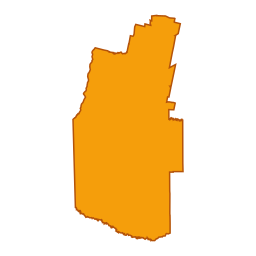 the district of Río Cuarto, Córdoba, Argentina
{"feature_id": "61730980B70788741625134", "entity_name": "Río Cuarto", "entity_type": "district", "adm_level": 2, "iso_a3": "ARG", "parent_name": "Argentina", "parent_adm1": "Córdoba", "projection": "equal_earth", "projection_center": [-64.58, -33.271], "detail": "fine", "context": "isolated", "style": "filled", "palette": "amber", "viewbox_px": 256, "rotation_deg": 0, "n_neighbors": 0, "source": "geoboundaries", "source_scale": "gbopen_adm2", "svg_char_len": 5607}
<svg xmlns="http://www.w3.org/2000/svg" viewBox="0 0 256 256"><path d="M171.1,86.1L175.6,64.5L169.4,67.7L172.3,52.5L173.5,47.0L175.2,37.8L175.6,35.7L175.2,35.6L178.2,33.6L180.3,23.7L174.3,22.2L174.2,22.0L174.9,18.5L174.5,18.3L169.5,17.9L165.5,16.0L156.7,15.7L156.7,15.4L151.7,16.0L151.7,20.9L150.4,20.8L150.4,20.3L150.1,20.2L150.4,21.6L150.1,23.4L150.4,24.2L150.5,24.8L150.8,25.1L150.8,25.4L145.0,23.9L144.7,26.6L135.8,24.4L134.7,26.9L134.1,33.8L133.9,34.6L133.4,35.7L132.9,36.3L130.4,35.7L128.9,44.0L128.7,43.9L127.0,52.2L126.7,52.1L126.6,52.6L125.9,53.2L125.5,53.3L125.3,53.2L124.9,53.3L124.9,53.7L123.8,53.5L122.7,53.8L122.4,53.7L121.8,53.2L121.5,52.4L121.0,52.1L120.8,52.4L119.7,52.6L119.2,53.0L118.9,52.8L118.7,53.0L118.6,52.8L118.3,52.9L117.9,52.6L117.1,53.4L116.1,53.2L115.7,53.6L115.0,53.9L114.9,53.6L114.6,53.7L114.6,53.4L114.3,53.6L114.1,53.2L113.9,53.5L113.7,53.2L113.4,53.5L113.1,53.3L113.1,52.5L109.3,52.1L109.4,51.6L108.2,51.3L107.8,50.8L104.2,50.1L95.2,47.8L94.6,48.5L94.2,49.3L93.5,49.8L92.3,51.3L92.0,52.4L92.1,53.1L92.6,54.0L92.6,54.8L92.0,56.7L92.8,59.4L92.0,60.5L92.1,61.3L91.8,62.0L90.2,64.0L90.0,64.5L89.8,66.8L90.3,69.7L89.2,72.3L88.8,73.0L88.4,73.2L88.0,74.1L87.7,76.6L88.5,79.6L88.4,81.3L87.6,82.3L87.3,84.3L87.1,85.0L87.1,86.3L86.1,88.3L86.3,89.6L86.2,90.3L85.8,91.0L85.1,91.5L84.0,92.7L83.5,93.6L83.6,94.1L84.7,95.6L85.5,97.1L84.1,99.5L83.0,102.4L81.5,104.1L81.1,105.5L80.9,107.3L80.3,108.3L80.7,109.5L80.7,110.3L79.9,111.7L79.5,112.1L79.3,112.8L79.1,113.0L79.0,113.4L78.8,113.3L78.5,113.7L78.0,113.7L78.0,114.1L77.4,114.9L77.2,114.9L77.1,114.7L76.9,114.8L76.7,115.4L76.2,116.0L76.2,116.4L75.8,116.8L75.7,117.4L74.8,117.7L74.6,118.2L74.2,118.3L73.0,119.4L75.4,207.3L75.7,207.3L76.0,207.9L76.3,207.8L76.6,208.4L76.5,208.8L76.5,209.7L77.0,209.6L77.5,210.1L78.0,210.3L77.9,210.5L78.1,211.0L78.5,211.2L79.1,211.7L79.3,211.4L79.5,211.3L79.7,210.9L79.7,210.6L80.1,210.6L80.1,210.9L80.5,211.3L80.4,211.7L80.6,211.9L80.5,212.2L80.1,212.2L80.5,212.7L80.4,213.1L80.2,213.4L80.3,213.7L80.6,213.7L80.8,213.4L81.2,213.6L81.8,213.3L82.5,214.0L83.1,214.1L83.6,213.9L84.2,215.1L85.0,215.8L85.2,216.3L85.9,217.3L86.5,217.0L87.1,217.1L87.4,216.6L89.4,217.6L90.0,217.8L91.5,217.6L91.8,217.8L92.1,218.4L92.3,218.1L93.3,217.9L94.9,219.2L95.4,219.1L95.9,219.2L96.0,218.8L96.6,219.1L97.0,219.0L97.5,219.5L97.2,220.0L98.0,220.8L98.3,220.7L98.4,219.6L98.6,219.4L99.9,219.8L101.2,219.8L101.3,220.5L101.5,220.6L101.8,220.0L102.0,220.3L101.8,220.8L101.9,221.3L102.4,221.8L102.5,222.6L103.7,222.5L103.8,222.6L104.1,223.1L104.2,223.9L104.6,223.6L104.7,223.1L104.9,223.1L105.5,223.5L105.9,223.2L106.0,222.8L106.6,222.7L106.7,222.9L106.6,223.4L106.6,223.8L107.2,223.5L108.1,224.1L108.7,224.8L108.9,225.6L109.4,225.8L110.4,225.8L110.8,226.0L111.0,226.3L110.7,226.9L111.2,227.4L111.3,227.8L111.6,227.8L112.3,227.5L112.4,227.3L112.1,227.2L111.9,226.6L112.2,226.6L112.3,226.4L112.8,226.3L113.0,226.4L113.0,226.7L113.3,226.9L113.4,227.3L114.0,227.4L115.2,228.4L115.7,228.4L115.9,229.3L116.6,229.5L116.7,230.0L116.6,230.4L116.1,230.5L115.9,230.9L116.3,231.0L116.5,231.4L117.5,232.1L117.8,231.7L118.5,231.6L118.7,231.8L118.4,232.0L118.3,232.3L118.6,232.7L118.9,232.3L119.2,232.4L119.4,232.2L121.1,233.0L122.4,232.7L122.7,233.2L122.9,233.2L123.2,233.5L123.3,234.0L123.5,234.2L123.6,233.9L124.0,233.6L124.4,233.6L124.3,234.0L124.6,234.8L125.1,235.1L126.2,235.2L127.0,234.0L127.4,234.0L128.1,234.3L128.4,234.8L128.5,235.3L128.8,235.2L130.0,235.1L130.6,235.6L131.6,235.8L131.8,236.2L131.6,236.9L132.2,237.3L132.4,237.3L132.9,237.0L133.7,237.1L133.9,237.0L134.1,237.1L134.4,236.9L134.8,236.9L135.2,237.0L135.4,236.8L135.8,236.8L135.7,237.2L136.2,237.7L136.3,238.3L136.6,238.3L137.1,238.7L137.3,238.7L137.5,238.5L137.2,238.1L137.3,237.5L137.9,237.2L138.1,236.9L138.6,237.1L138.7,237.3L138.5,237.6L138.7,237.8L139.0,237.6L138.9,237.9L139.0,238.1L139.2,237.9L139.7,238.1L139.9,237.8L140.2,238.1L140.3,238.0L140.3,237.6L141.3,237.8L141.4,237.5L141.7,237.4L142.2,237.6L143.1,237.6L143.2,237.9L143.2,238.1L144.1,238.4L144.3,238.6L144.5,238.9L145.2,239.2L145.7,238.5L145.9,238.6L146.5,238.3L147.1,238.2L147.2,237.7L147.6,238.4L147.6,238.7L148.0,238.9L148.2,239.5L148.6,239.4L148.7,239.5L149.1,239.6L149.1,239.2L149.6,239.7L150.1,239.4L150.4,239.6L150.7,239.3L151.1,239.6L151.0,239.9L151.1,240.2L150.9,240.2L150.9,240.5L151.3,240.3L152.0,240.6L154.7,240.6L156.4,238.7L156.9,238.8L157.9,238.2L158.9,237.1L160.7,237.0L161.1,236.8L162.3,236.9L163.2,236.0L165.1,236.0L166.2,233.7L166.8,233.5L167.4,233.8L168.2,233.9L170.1,233.1L170.1,223.4L170.0,215.5L169.9,215.5L169.8,213.4L169.9,193.6L169.7,191.1L169.6,172.1L173.2,172.1L173.2,171.6L183.0,171.6L182.8,162.9L182.7,122.7L182.7,120.9L182.7,120.0L182.5,119.9L182.1,120.2L181.9,120.1L181.7,120.0L181.7,119.3L181.3,119.4L181.1,120.1L181.3,120.5L181.0,120.7L180.5,120.0L180.2,120.0L179.7,120.9L179.4,120.8L179.6,120.2L179.2,119.9L178.3,119.8L178.2,119.3L178.0,119.1L177.4,119.0L177.3,119.6L177.0,120.3L176.4,119.7L176.4,119.0L176.1,119.1L176.3,119.6L176.1,119.8L175.9,119.7L175.8,119.2L175.7,119.1L175.7,119.8L174.9,119.3L174.4,119.7L174.1,119.7L173.9,119.4L173.5,119.7L173.6,118.8L173.0,118.3L172.7,118.3L172.4,118.8L171.9,118.2L171.1,117.7L170.9,117.9L171.1,118.5L170.8,119.2L170.5,119.2L170.4,118.7L170.2,118.6L169.9,118.8L169.8,119.4L169.9,119.7L169.7,119.8L169.4,119.7L169.1,119.2L168.9,119.2L168.8,109.6L173.8,109.8L175.2,103.1L173.6,102.5L172.6,102.5L172.0,102.3L171.7,102.5L171.4,102.3L169.5,101.9L168.7,102.0L168.0,101.8L166.6,102.2L167.6,96.9L168.9,97.0L170.8,87.6L170.6,87.5L170.3,87.1L170.7,86.7L170.1,86.2L171.1,86.1Z" fill="#f59e0b" stroke="#b45309" stroke-width="1.5"/></svg>